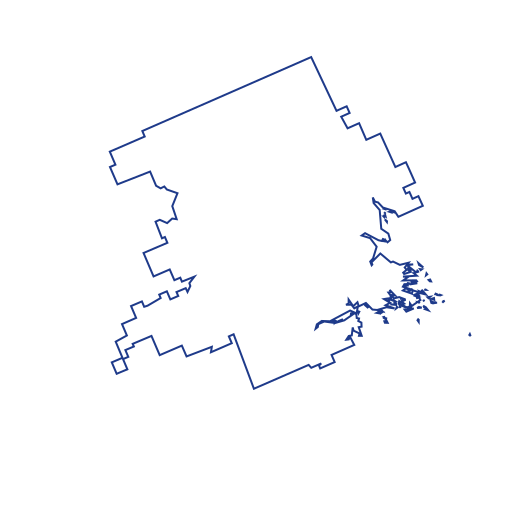 Derby-West Kimberley, Western Australia, Australia (Albers equal-area conic projection), rotated 156°
{"feature_id": "25037944B76695994650709", "entity_name": "Derby-West Kimberley", "entity_type": "district", "adm_level": 2, "iso_a3": "AUS", "parent_name": "Australia", "parent_adm1": "Western Australia", "projection": "albers", "projection_center": [123.97, -17.504], "detail": "fine", "context": "isolated", "style": "outline", "palette": "blue", "viewbox_px": 512, "rotation_deg": 156, "n_neighbors": 0, "source": "geoboundaries", "source_scale": "gbopen_adm2", "svg_char_len": 6208}
<svg xmlns="http://www.w3.org/2000/svg" viewBox="0 0 512 512"><g transform="rotate(156 256 256)"><path d="M124.7,415.3L309.0,416.4L309.1,410.4L347.1,410.8L347.3,396.6L353.2,396.7L353.4,377.8L318.4,376.2L318.7,360.8L315.6,356.6L311.5,356.8L310.4,353.0L302.2,345.3L312.2,335.6L313.5,321.9L317.3,324.3L323.8,322.2L329.2,328.2L333.8,328.2L334.7,310.4L331.5,310.4L331.6,304.1L357.5,304.5L357.9,279.0L340.3,278.8L340.4,267.1L334.0,267.0L334.1,262.7L320.7,262.2L327.9,258.3L328.2,255.3L333.2,251.0L333.3,255.2L343.3,255.4L343.3,251.1L351.9,251.2L351.8,260.0L360.1,260.1L360.2,256.4L375.3,254.7L378.8,255.1L378.7,260.9L390.5,261.1L390.7,248.2L406.1,248.3L406.3,235.9L419.0,234.8L419.4,217.3L431.0,217.5L431.2,205.1L419.6,204.8L419.4,215.9L413.7,215.8L413.6,223.2L404.4,223.0L404.4,225.9L384.0,225.5L384.3,204.6L360.2,204.3L360.3,192.5L333.3,191.0L336.3,186.4L313.6,186.2L313.5,193.6L308.3,193.6L311.9,135.6L252.2,135.1L251.0,131.4L240.1,131.3L243.0,130.3L243.1,127.2L227.3,127.1L227.2,134.9L202.4,134.8L203.0,144.0L205.2,142.1L207.5,142.8L203.8,145.2L200.8,144.5L196.7,151.4L197.2,148.1L192.9,143.1L194.4,141.2L191.9,140.1L191.1,149.2L188.3,148.5L186.8,152.3L189.0,155.0L187.3,157.0L189.2,158.4L188.0,162.0L189.3,163.6L201.6,161.3L211.0,162.6L220.3,168.4L226.9,168.4L228.4,166.0L231.1,165.3L228.2,168.8L222.3,169.9L215.0,166.3L192.2,167.9L187.4,162.6L183.5,168.5L187.5,168.2L188.6,172.6L193.6,174.9L190.7,174.9L189.1,178.5L187.6,170.6L182.1,172.5L182.6,168.2L174.7,168.4L171.4,159.7L167.2,157.4L157.6,156.1L150.7,151.7L157.6,158.3L152.5,158.7L156.6,164.6L153.1,163.7L148.7,159.2L151.2,163.1L148.8,162.4L150.6,164.0L148.7,163.2L149.9,168.8L147.4,168.0L147.7,170.7L145.0,163.3L148.1,165.2L147.3,161.2L141.9,160.2L137.6,156.0L137.8,155.2L140.4,155.1L140.9,155.9L140.9,154.4L142.0,156.0L140.0,152.2L143.3,152.5L141.9,151.6L139.9,148.5L134.7,145.2L136.7,147.4L134.7,147.2L135.5,148.3L134.6,150.1L134.0,147.0L123.7,148.9L124.0,151.8L126.9,152.2L124.0,152.2L128.1,155.9L124.9,154.6L126.7,156.1L122.9,156.0L123.0,157.6L126.7,160.8L128.9,158.2L135.8,164.7L131.7,165.6L131.3,164.0L129.1,163.5L134.3,168.2L131.9,169.9L129.1,168.8L128.5,169.4L127.4,169.0L126.7,167.4L119.8,165.5L125.4,169.2L119.3,167.6L119.5,168.6L131.5,173.8L125.5,175.0L130.1,177.4L117.1,172.6L118.9,176.2L113.3,175.5L116.7,176.5L120.0,182.9L120.5,180.3L122.4,180.8L121.2,178.6L128.0,179.3L128.3,180.9L124.0,182.1L124.8,185.0L119.4,187.8L128.2,189.4L133.1,195.2L135.4,195.3L141.4,207.7L153.1,203.2L153.2,200.9L154.1,200.5L153.9,204.5L150.1,206.1L142.0,215.4L144.5,225.9L151.1,231.7L147.1,232.5L137.7,220.6L134.9,218.5L133.1,219.9L131.5,218.3L130.3,215.0L126.9,216.0L126.0,222.6L130.5,229.9L124.3,247.7L127.0,256.5L125.5,262.0L125.2,257.2L122.7,255.3L120.4,248.7L111.1,240.5L110.0,233.9L83.2,234.0L83.3,244.6L89.8,244.6L89.8,252.1L93.7,252.1L93.7,258.3L80.8,258.4L80.8,273.3L80.9,280.7L92.5,280.6L92.7,317.3L108.0,317.3L107.8,335.4L120.4,335.4L121.5,348.6L112.3,348.6L112.3,355.9L123.4,355.9L124.7,415.3ZM133.2,143.9L142.0,146.7L141.3,144.0L133.2,143.9ZM116.5,151.7L118.3,157.7L118.9,154.9L121.5,155.7L116.5,151.7ZM107.8,177.5L110.5,183.4L110.7,181.4L107.8,177.5ZM115.8,184.4L120.3,186.2L121.7,183.8L119.8,185.6L115.8,184.4ZM149.7,155.5L153.0,157.2L147.0,153.8L149.7,155.5ZM163.0,143.6L165.3,144.2L165.4,142.6L162.9,141.4L163.0,143.6ZM176.7,167.3L175.4,164.6L174.7,162.8L174.8,165.4L176.7,167.3ZM121.4,139.6L123.5,142.6L122.9,141.1L124.0,141.2L121.4,139.6ZM122.2,234.5L123.4,237.1L122.6,233.8L122.2,234.5ZM143.5,156.5L144.9,154.7L144.9,153.5L144.6,152.8L142.5,154.5L143.5,156.5ZM165.7,155.5L166.4,155.5L166.3,155.0L168.8,154.9L166.3,153.2L165.7,155.5ZM164.9,148.1L163.0,145.2L162.4,146.1L164.9,148.1ZM129.9,142.9L125.6,141.4L127.9,143.2L129.9,142.9ZM204.4,162.3L202.3,162.9L207.6,163.0L204.4,162.3ZM120.7,136.3L121.4,138.9L123.1,138.6L120.7,136.3ZM212.4,165.5L212.3,163.9L209.9,164.5L210.6,165.2L212.4,165.5ZM146.6,155.2L148.8,157.7L148.6,156.8L146.6,155.2ZM108.1,163.9L107.5,162.2L106.4,161.6L106.5,163.7L108.1,163.9ZM121.0,157.2L120.8,156.1L119.8,155.6L119.4,155.6L121.0,157.2ZM110.5,145.2L113.1,145.5L111.0,143.5L110.5,145.2ZM114.6,144.0L114.9,141.8L113.9,141.0L113.2,142.0L114.6,144.0ZM149.2,151.1L147.6,151.5L148.0,152.4L149.2,151.1ZM105.4,146.6L107.2,148.5L107.7,148.1L105.4,146.6ZM140.1,148.1L141.6,151.0L142.8,151.0L140.1,148.1ZM108.5,169.2L107.0,169.6L107.3,170.8L108.5,169.2ZM127.3,162.4L128.9,162.6L126.8,161.2L127.3,162.4ZM120.6,146.2L120.9,148.0L121.0,146.9L120.6,146.2ZM115.6,147.3L113.5,147.9L116.1,148.6L115.6,147.3ZM131.8,218.0L133.3,217.6L132.3,216.9L131.8,218.0ZM121.2,181.4L121.1,183.5L122.1,182.8L121.2,181.4ZM111.8,240.6L113.4,240.9L111.6,239.3L111.8,240.6ZM210.2,164.0L210.9,163.0L209.4,163.5L210.2,164.0ZM93.2,97.1L92.5,95.6L92.4,97.7L93.2,97.1ZM134.2,129.6L133.3,131.6L133.6,132.2L134.6,131.6L134.2,129.6ZM190.9,164.4L192.6,164.9L193.4,163.4L190.9,164.4ZM125.7,146.4L125.8,147.5L126.5,147.9L125.7,146.4ZM104.7,137.6L101.9,138.4L103.2,138.6L104.7,137.6ZM109.9,176.4L111.5,177.3L111.3,176.1L109.9,176.4ZM130.7,162.8L130.5,161.8L128.5,161.4L130.7,162.8ZM128.5,167.0L130.5,168.4L131.9,168.5L131.6,168.0L128.5,167.0ZM114.4,155.9L114.7,156.4L116.0,156.6L114.4,155.9ZM115.1,242.0L116.1,242.1L115.0,241.1L115.1,242.0ZM110.5,140.5L112.8,141.7L112.2,141.0L110.5,140.5ZM123.0,153.0L125.3,154.2L122.7,152.5L123.0,153.0ZM144.8,151.9L145.1,151.7L145.4,149.9L144.6,151.1L144.8,151.9ZM138.0,155.6L139.1,156.7L139.6,156.2L138.0,155.6ZM127.8,168.1L128.5,169.2L128.9,168.7L127.8,168.1ZM147.2,158.1L148.8,160.5L148.1,158.4L147.2,158.1ZM162.9,154.1L163.3,155.4L163.9,155.0L162.9,154.1ZM151.9,161.4L153.9,162.4L151.5,160.8L151.9,161.4ZM121.3,240.9L122.0,240.9L121.5,239.8L121.3,240.9ZM118.4,246.4L119.3,246.5L117.9,245.2L118.4,246.4ZM120.5,242.5L121.2,243.9L120.5,242.1L120.5,242.5ZM122.7,155.1L124.3,155.9L124.7,154.9L122.7,155.1ZM113.2,140.7L109.6,139.7L110.4,140.1L112.5,140.7L113.2,140.7ZM105.0,145.8L103.6,145.0L102.9,145.0L103.9,146.0L105.0,145.8ZM115.2,177.3L114.6,176.8L113.7,177.0L115.2,177.3ZM185.3,162.3L184.3,163.1L184.9,163.7L185.3,162.3ZM122.5,239.7L123.3,240.1L123.0,239.2L122.5,239.7ZM162.9,148.2L164.1,148.3L163.8,147.8L162.9,148.2ZM164.2,153.9L164.7,153.1L163.3,153.3L164.2,153.9Z" fill="none" stroke="#1e3a8a" stroke-width="2"/></g></svg>